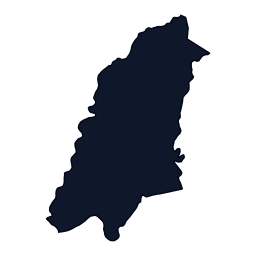 Caffiere, Choiseul, Saint Lucia
{"feature_id": "8701671B84690280241827", "entity_name": "Caffiere", "entity_type": "district", "adm_level": 2, "iso_a3": "LCA", "parent_name": "Saint Lucia", "parent_adm1": "Choiseul", "projection": "orthographic", "projection_center": [-61.037, 13.785], "detail": "fine", "context": "isolated", "style": "filled", "palette": "ink", "viewbox_px": 256, "rotation_deg": 0, "n_neighbors": 0, "source": "geoboundaries", "source_scale": "gbopen_adm2", "svg_char_len": 5682}
<svg xmlns="http://www.w3.org/2000/svg" viewBox="0 0 256 256"><path d="M209.4,53.1L187.1,39.0L188.1,28.1L185.6,17.5L180.9,15.4L180.5,16.2L180.3,16.4L179.5,17.1L178.9,17.4L178.5,17.5L177.8,17.6L176.8,17.7L175.3,17.6L174.7,17.6L174.3,17.5L173.8,17.6L173.4,17.9L172.4,19.3L172.1,19.9L171.3,21.1L170.7,22.4L169.6,23.3L168.7,23.4L167.9,23.4L167.5,23.4L167.0,23.6L166.7,23.8L166.3,24.2L166.0,24.6L165.4,25.3L164.7,25.8L162.4,26.5L160.5,26.7L158.6,26.7L157.7,26.7L156.8,26.8L156.0,27.2L155.1,27.7L154.0,27.6L153.7,27.8L152.7,28.4L151.6,28.7L151.3,28.7L149.9,28.2L149.2,28.0L148.3,28.0L147.7,28.3L147.4,28.4L146.0,29.7L145.6,30.3L145.6,30.6L145.6,31.0L145.0,31.4L144.5,31.7L143.7,32.1L142.1,32.6L140.2,33.1L139.7,33.3L139.3,33.5L138.8,34.0L138.6,34.5L138.4,35.0L138.3,36.1L138.1,36.7L137.9,37.2L137.6,37.7L136.1,39.2L134.7,41.0L134.1,42.0L132.6,44.7L132.3,45.3L131.9,46.6L131.6,47.8L131.4,49.3L130.3,52.6L129.7,54.0L128.8,55.2L128.2,56.0L127.8,56.6L127.0,57.9L126.7,58.1L126.1,58.5L125.8,58.7L125.3,58.9L123.6,59.3L121.9,59.6L121.6,59.6L121.4,59.5L120.3,58.9L119.6,58.6L118.8,58.4L118.2,58.4L117.9,58.5L117.5,58.6L117.2,58.9L116.3,60.0L115.7,60.5L115.0,61.0L114.2,61.2L113.9,61.3L113.5,61.5L113.3,61.8L113.0,62.1L112.4,63.1L112.1,64.1L111.9,64.6L111.4,65.2L111.2,65.5L110.8,65.7L109.7,65.6L109.3,65.7L109.1,65.8L108.6,66.0L107.6,66.9L106.7,67.6L105.3,68.7L104.7,69.1L102.7,70.7L101.4,72.0L100.4,73.3L99.2,74.5L98.7,75.2L98.4,76.0L98.2,76.7L98.1,77.5L97.9,78.4L97.9,78.9L97.9,79.7L98.2,81.9L98.3,82.4L98.5,83.2L98.5,84.0L98.8,85.4L98.7,86.0L98.5,86.7L98.3,87.1L97.7,89.3L96.1,91.6L95.7,92.4L95.6,93.0L95.3,93.5L95.1,94.0L94.5,95.9L94.0,97.1L93.8,97.9L93.9,98.3L94.9,99.9L95.5,101.1L95.7,101.7L95.8,102.2L95.7,102.5L95.7,102.9L95.5,103.3L95.5,103.6L94.8,104.7L94.1,105.2L93.5,105.7L93.0,106.1L92.6,106.3L92.0,106.5L90.6,106.6L90.0,106.8L89.0,107.3L88.8,107.5L88.5,108.1L88.5,108.5L89.0,109.9L89.6,111.1L90.1,111.8L90.9,112.4L91.4,112.5L92.4,112.7L94.7,113.3L95.6,114.0L95.8,115.3L95.5,116.4L94.6,116.7L93.8,117.1L93.2,117.3L90.9,117.6L89.4,117.7L88.5,117.9L86.8,118.8L85.5,119.4L83.9,120.0L83.0,120.7L81.5,121.5L81.1,121.8L80.8,122.1L80.5,122.4L79.3,124.4L79.1,124.8L78.7,126.0L78.5,127.1L78.5,127.5L78.6,127.9L78.7,128.5L79.0,129.1L79.8,130.2L80.4,131.0L81.8,132.5L82.0,132.9L82.5,133.9L82.9,135.4L82.9,135.9L82.7,136.2L82.1,137.1L81.7,137.5L80.7,138.0L79.0,138.7L78.1,139.3L77.7,139.7L76.3,141.3L75.8,142.0L75.5,142.5L75.3,142.9L75.1,143.6L75.1,145.2L75.1,145.9L75.6,147.9L75.9,148.9L76.0,149.1L76.3,151.3L76.3,152.2L76.2,152.6L76.0,153.0L75.8,153.4L75.5,153.4L74.5,154.6L74.3,154.9L73.5,155.7L72.8,156.4L71.8,157.5L71.5,158.3L71.3,159.1L71.1,160.2L71.3,161.1L71.5,162.9L71.7,163.7L71.9,164.8L72.1,166.7L72.2,167.0L72.0,168.0L71.5,169.1L71.2,169.7L69.8,171.0L69.2,171.4L65.7,172.5L65.0,172.8L64.7,173.2L64.6,173.7L64.7,174.3L64.7,175.3L64.5,176.3L64.4,177.8L64.3,179.1L64.4,181.5L64.3,182.0L64.1,183.4L63.5,185.3L63.2,185.8L62.6,186.5L62.1,186.7L60.8,187.2L59.7,187.5L58.3,187.9L58.0,188.0L57.5,188.5L56.6,190.1L56.5,190.5L56.3,191.1L56.0,193.9L56.2,196.2L56.0,196.7L56.1,197.0L55.6,198.1L55.4,198.7L55.2,199.0L53.4,201.2L52.0,203.3L50.4,206.2L50.0,207.1L49.9,207.5L49.7,209.6L49.7,210.3L49.8,210.9L50.0,211.5L50.3,211.8L50.8,212.3L51.1,212.6L51.4,213.1L52.1,214.6L52.2,215.0L52.2,215.5L51.9,216.0L51.5,216.4L51.1,216.5L47.9,217.6L47.3,218.0L46.7,218.6L46.6,218.8L46.7,219.0L47.9,220.2L48.7,220.8L50.9,223.4L51.9,224.5L52.6,224.9L53.0,225.1L53.7,225.3L54.7,225.9L55.5,226.5L57.2,228.3L57.9,229.4L58.4,230.2L58.6,231.2L58.7,231.8L58.7,232.1L62.6,231.6L66.6,230.8L68.9,230.1L71.7,228.8L74.8,227.1L75.7,226.4L78.8,225.2L80.6,224.0L84.8,221.0L87.6,218.3L90.5,216.0L92.6,215.7L94.2,215.2L95.7,215.4L97.5,216.2L98.7,217.3L101.6,220.0L103.0,221.6L103.7,222.9L104.0,224.4L104.2,225.7L103.7,229.0L104.0,230.2L104.7,232.8L104.9,234.7L105.9,236.9L108.0,238.9L110.0,240.1L111.8,240.6L113.8,240.6L114.8,240.3L117.1,238.9L118.5,237.5L119.0,236.0L119.0,235.9L119.0,235.4L118.9,234.8L118.7,234.0L118.1,232.4L118.0,231.3L117.9,230.5L117.8,229.9L117.8,229.1L117.9,228.5L118.4,227.6L119.0,227.0L119.5,226.6L120.2,226.2L121.1,226.0L122.3,226.0L122.9,225.8L124.2,224.6L124.7,223.9L124.9,223.3L125.5,221.9L125.8,221.3L126.3,220.6L128.0,218.6L130.0,216.3L135.8,208.5L136.5,207.5L137.2,205.8L137.6,205.0L137.8,204.3L138.1,203.6L138.5,203.1L139.1,202.6L139.7,202.3L140.1,202.0L140.5,201.9L140.8,199.1L141.0,197.4L141.4,196.4L141.6,195.8L141.9,195.6L142.1,195.5L142.7,195.3L143.3,195.3L143.5,195.3L143.8,195.4L144.4,195.7L146.0,196.6L146.5,196.8L147.1,196.7L147.5,196.5L148.1,196.4L149.9,195.8L150.4,195.7L153.0,194.9L156.2,194.3L155.9,194.6L157.1,193.9L159.3,193.9L182.5,188.9L182.4,188.9L181.7,187.1L180.9,184.6L180.0,182.2L179.0,180.4L178.2,177.8L178.9,176.5L181.2,174.5L181.7,172.7L180.5,170.6L177.8,167.1L175.8,164.6L174.3,162.5L174.3,160.9L175.4,160.9L176.3,161.3L178.7,162.0L181.3,161.6L182.5,159.6L184.0,157.9L184.2,156.5L183.6,155.0L182.9,154.9L182.3,155.3L178.3,157.4L178.3,155.4L179.2,154.3L180.0,151.8L179.8,149.1L179.0,148.6L177.1,149.1L176.2,150.3L174.9,151.2L174.0,151.2L173.3,149.4L172.8,146.3L173.6,143.6L174.0,140.8L175.4,138.9L177.5,135.6L179.8,133.4L180.8,130.8L180.2,128.8L178.9,125.8L178.9,124.3L178.2,122.1L178.3,119.7L180.1,117.4L180.1,115.5L179.8,112.6L180.2,111.9L180.9,109.1L181.7,105.2L182.4,101.8L182.9,97.2L185.3,94.3L187.4,92.2L188.8,89.7L189.0,85.2L188.6,82.7L190.0,80.9L192.6,78.6L193.4,76.7L192.0,74.5L191.4,72.1L191.9,69.6L191.4,68.0L191.1,64.8L191.3,62.6L192.2,61.4L194.1,60.3L195.2,60.4L196.6,61.1L197.9,61.0L198.9,60.6L199.5,59.5L200.5,58.4L201.4,56.9L203.3,55.4L205.6,54.6L207.4,54.5L208.0,54.4L209.4,53.3L209.4,53.1Z" fill="#0f172a" stroke="#020617" stroke-width="1.5"/></svg>